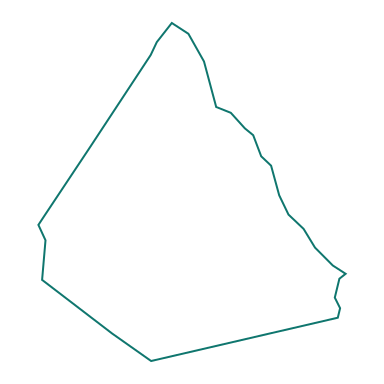 the district of Morgan, Georgia, United States of America
{"feature_id": "52423323B3349908065818", "entity_name": "Morgan", "entity_type": "district", "adm_level": 2, "iso_a3": "USA", "parent_name": "United States of America", "parent_adm1": "Georgia", "projection": "albers", "projection_center": [-83.452, 33.626], "detail": "fine", "context": "isolated", "style": "outline", "palette": "teal", "viewbox_px": 384, "rotation_deg": 0, "n_neighbors": 0, "source": "geoboundaries", "source_scale": "gbopen_adm2", "svg_char_len": 464}
<svg xmlns="http://www.w3.org/2000/svg" viewBox="0 0 384 384"><path d="M43.2,217.6L38.4,224.9L45.5,240.3L42.1,279.9L112.1,333.5L151.1,361.0L337.8,317.7L340.1,308.2L334.8,297.6L339.4,278.7L345.6,273.8L332.8,265.5L315.0,247.6L303.6,228.9L288.5,214.6L279.2,195.3L271.1,165.7L261.2,156.3L253.2,135.2L244.9,128.4L230.8,112.8L216.2,107.0L204.0,61.5L188.4,33.8L171.8,23.0L156.8,42.1L150.7,55.0L88.9,148.9L43.2,217.6Z" fill="none" stroke="#0f766e" stroke-width="2"/></svg>